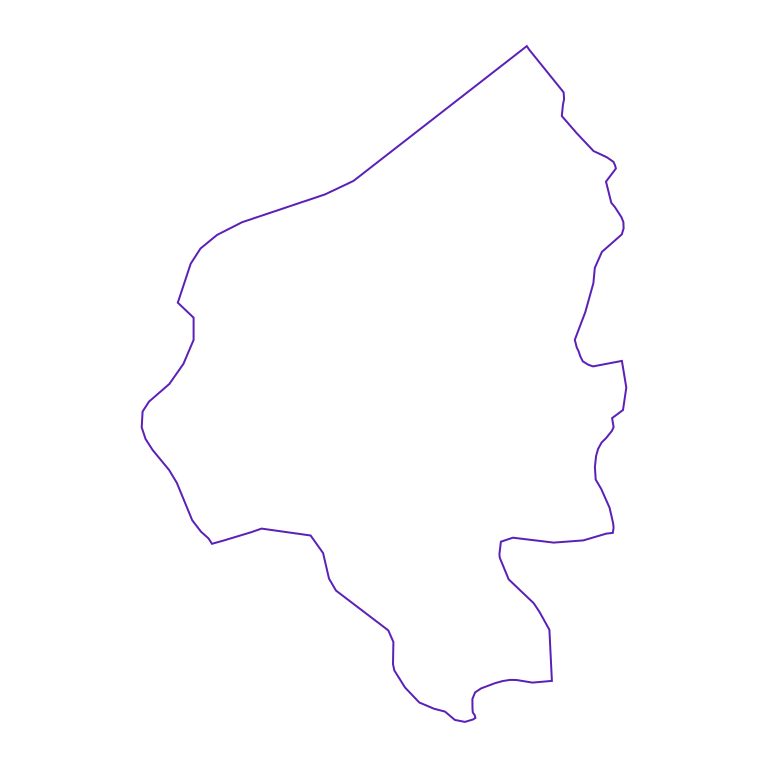 an SVG outline of Copán
{"feature_id": "HND-651", "entity_name": "Copán", "entity_type": "Department", "adm_level": 1, "iso_a3": "HND", "parent_name": "Honduras", "parent_adm1": "", "projection": "orthographic", "projection_center": [-88.847, 14.9], "detail": "fine", "context": "isolated", "style": "outline", "palette": "violet", "viewbox_px": 768, "rotation_deg": 0, "n_neighbors": 0, "source": "natural_earth", "source_scale": "10m", "svg_char_len": 1503}
<svg xmlns="http://www.w3.org/2000/svg" viewBox="0 0 768 768"><path d="M211.8,239.2L217.1,234.9L242.1,222.2L325.0,194.4L353.5,180.9L456.6,100.7L526.8,46.1L529.2,49.7L563.6,92.3L564.1,99.0L563.0,104.4L561.8,116.0L576.7,133.2L593.6,151.1L606.9,157.3L613.5,161.9L615.1,165.5L615.9,168.5L606.0,181.6L611.3,202.8L614.9,207.1L621.5,217.3L623.4,222.2L623.6,228.4L621.8,234.4L601.9,251.9L594.8,267.9L593.4,283.1L585.3,312.1L574.8,339.8L576.7,347.3L578.6,351.3L580.4,356.6L582.8,361.3L588.2,364.7L593.1,366.4L621.9,360.9L626.3,387.6L623.0,410.0L612.1,418.1L613.6,427.1L611.9,430.9L606.0,438.2L601.6,442.5L598.1,448.9L596.1,455.9L594.9,467.0L595.7,479.6L601.2,488.9L609.6,507.8L613.1,523.1L613.6,527.9L612.8,532.9L606.4,533.6L583.3,540.4L553.7,542.6L512.9,537.7L500.9,541.7L499.4,554.3L499.8,557.8L508.7,579.4L533.7,603.2L539.6,612.1L549.4,629.8L551.9,680.9L532.4,682.6L516.5,680.0L509.9,679.9L502.4,681.1L494.6,683.3L481.1,688.4L475.1,692.4L472.4,699.0L472.5,709.1L472.8,712.5L474.7,715.1L475.4,717.9L473.2,719.4L464.9,721.9L454.8,719.9L445.0,711.6L433.9,708.7L419.3,702.5L405.1,687.6L394.3,670.4L393.0,664.1L393.4,642.0L388.3,630.4L336.0,590.6L329.0,578.6L323.1,553.1L310.6,535.5L261.6,528.6L250.9,532.3L224.4,540.3L212.0,543.8L208.5,538.4L201.0,531.7L192.2,520.2L176.8,482.8L169.1,470.0L152.7,450.1L145.6,439.1L141.7,427.4L142.6,411.5L149.0,401.6L169.3,384.0L177.1,372.9L183.4,363.9L193.6,339.9L193.6,317.7L177.8,302.7L190.7,263.7L200.5,248.5L211.8,239.2Z" fill="none" stroke="#5b21b6" stroke-width="2"/></svg>